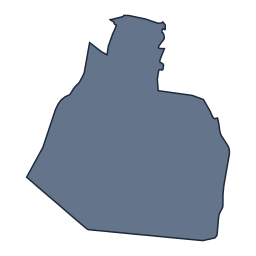 an SVG outline of Al-Muthannia
{"feature_id": "IRQ-3223", "entity_name": "Al-Muthannia", "entity_type": "Province", "adm_level": 1, "iso_a3": "IRQ", "parent_name": "Iraq", "parent_adm1": "", "projection": "natural_earth1", "projection_center": [45.575, 30.396], "detail": "fine", "context": "isolated", "style": "filled", "palette": "slate", "viewbox_px": 256, "rotation_deg": 0, "n_neighbors": 0, "source": "natural_earth", "source_scale": "10m", "svg_char_len": 1864}
<svg xmlns="http://www.w3.org/2000/svg" viewBox="0 0 256 256"><path d="M216.9,235.5L214.9,237.9L211.8,238.6L208.8,239.3L207.5,239.5L205.7,240.0L202.7,240.6L195.4,239.9L190.0,239.4L184.7,238.9L179.4,238.4L174.1,237.9L167.0,237.2L159.9,236.5L152.7,235.8L145.6,235.1L138.5,234.5L131.3,233.8L124.2,233.1L117.1,232.4L111.5,231.9L106.0,231.3L100.5,230.8L94.9,230.3L88.6,229.7L88.1,229.5L87.7,229.3L87.2,229.1L86.8,228.9L81.4,224.3L74.8,218.7L68.2,213.0L61.6,207.3L55.0,201.6L47.0,194.8L39.1,188.0L31.2,181.1L26.6,177.2L27.5,175.6L42.9,147.4L55.5,109.5L58.0,104.3L60.8,100.4L61.9,99.3L65.3,96.7L69.5,94.8L70.0,94.5L73.4,88.9L76.1,85.6L79.3,82.5L82.6,76.4L84.3,72.4L89.6,42.6L101.4,51.7L107.0,54.8L108.4,46.0L112.8,33.6L114.9,29.2L116.0,26.2L116.1,24.9L114.6,24.2L114.1,23.3L113.8,22.4L113.4,21.6L112.9,21.3L111.7,20.8L111.0,20.5L110.2,19.6L111.8,19.4L123.0,16.6L123.7,15.4L128.7,15.5L145.5,19.0L157.8,23.2L160.7,23.1L162.2,22.6L162.8,22.0L165.0,24.6L165.3,25.8L165.3,26.2L165.2,27.4L165.3,28.5L165.3,29.2L165.1,29.6L164.8,29.7L164.5,29.6L163.8,29.0L163.5,28.8L163.1,28.6L162.7,29.0L162.4,29.6L161.9,31.4L161.9,32.2L162.2,32.7L162.5,32.8L162.9,32.9L163.3,33.5L163.7,34.5L164.2,37.0L164.3,38.2L164.0,39.1L159.3,45.4L158.5,46.9L158.7,48.1L160.6,48.5L164.4,48.6L160.5,58.5L159.7,61.2L159.9,62.1L161.2,62.7L161.5,63.0L162.3,63.7L162.8,63.9L163.2,64.1L163.5,65.0L163.4,66.5L163.0,69.1L162.5,69.9L161.6,70.1L160.3,69.6L159.2,69.7L158.7,70.8L158.3,73.0L158.0,74.6L157.7,77.1L157.3,78.9L158.2,90.7L192.2,95.4L203.4,99.5L209.8,110.6L212.6,116.8L213.4,117.8L214.3,118.6L215.2,118.6L217.5,118.0L218.7,123.3L219.8,131.1L220.4,133.5L221.3,135.6L228.1,146.1L228.7,147.7L229.2,149.4L229.4,151.5L229.4,153.9L223.8,185.9L223.0,194.5L222.9,205.3L222.6,207.5L220.1,212.2L219.3,214.1L218.7,216.3L217.2,233.3L216.9,235.4L216.9,235.5Z" fill="#64748b" stroke="#1e293b" stroke-width="1.5"/></svg>